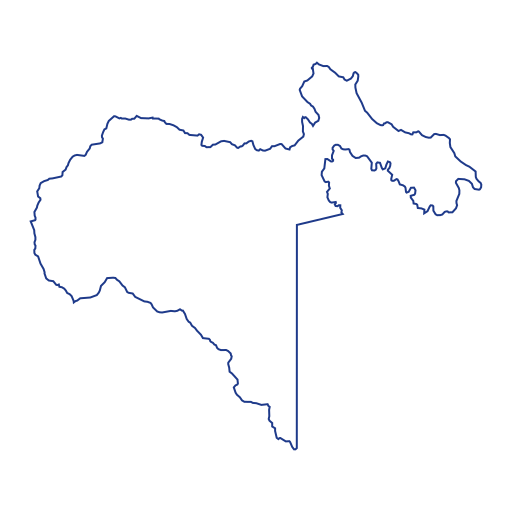 the district of Talamanca, Limón, Costa Rica
{"feature_id": "36466004B17277375937001", "entity_name": "Talamanca", "entity_type": "district", "adm_level": 2, "iso_a3": "CRI", "parent_name": "Costa Rica", "parent_adm1": "Limón", "projection": "natural_earth1", "projection_center": [-83.039, 9.422], "detail": "fine", "context": "isolated", "style": "outline", "palette": "blue", "viewbox_px": 512, "rotation_deg": 0, "n_neighbors": 0, "source": "geoboundaries", "source_scale": "gbopen_adm2", "svg_char_len": 6015}
<svg xmlns="http://www.w3.org/2000/svg" viewBox="0 0 512 512"><path d="M278.4,439.1L279.5,438.1L280.3,438.0L285.8,441.4L289.4,441.2L290.1,442.0L292.2,446.9L294.0,449.3L295.5,449.3L296.8,448.1L296.9,224.9L342.7,214.0L341.4,212.4L341.8,210.3L340.2,207.8L340.3,205.3L338.9,205.2L337.5,206.2L335.6,206.0L334.8,204.4L335.9,202.9L335.7,202.0L331.6,202.6L330.2,202.1L328.8,200.5L327.4,197.3L327.8,193.9L327.0,191.9L329.8,188.5L328.9,185.7L329.1,182.5L328.4,181.7L325.7,182.1L324.6,181.4L321.6,175.1L321.9,171.7L324.3,168.4L325.4,159.1L327.3,159.0L331.1,161.5L332.4,161.4L333.1,160.8L333.1,159.7L332.0,158.7L332.0,155.3L333.7,150.9L332.6,149.4L332.6,147.8L334.2,145.6L335.6,144.8L337.9,144.8L340.0,146.0L341.4,148.5L343.2,149.3L345.3,149.5L348.6,149.1L349.4,149.6L350.0,152.1L352.5,155.9L355.7,158.0L359.1,157.7L361.1,156.3L363.3,155.5L365.5,155.6L367.1,156.3L371.8,162.7L371.3,168.8L372.0,170.3L374.5,170.5L375.7,169.8L376.4,168.4L376.2,163.8L377.4,162.4L380.0,162.8L381.9,168.1L382.8,169.4L385.3,168.3L386.4,164.6L387.9,161.5L389.9,162.2L390.5,163.3L390.2,165.9L389.4,168.0L387.9,169.7L387.8,170.7L392.2,174.8L391.2,179.0L391.4,180.3L392.2,180.8L393.8,180.8L396.5,179.1L397.5,179.4L398.6,181.3L399.8,184.4L403.0,185.3L404.9,186.6L405.5,187.8L406.0,191.9L406.6,192.6L408.7,191.8L410.9,187.8L414.0,187.6L415.5,190.3L415.1,193.6L414.3,194.8L410.7,195.8L410.8,197.6L413.3,200.9L413.6,203.5L416.3,204.0L417.2,204.7L417.8,208.0L421.4,208.4L424.4,209.6L424.2,213.3L427.5,211.2L429.8,206.4L430.7,205.3L432.5,205.5L433.3,206.3L433.4,210.7L435.6,214.3L437.2,215.2L440.4,215.1L442.3,214.5L444.7,211.9L446.3,211.4L447.6,211.4L448.6,212.4L452.4,212.3L456.0,208.3L457.1,205.2L456.5,203.2L456.4,201.0L459.3,193.9L459.4,190.3L458.8,188.0L455.9,182.8L456.0,181.2L458.3,178.9L464.5,179.3L468.9,180.9L471.9,183.8L473.0,187.3L474.6,189.0L479.0,189.7L479.9,189.3L481.1,187.3L481.3,184.6L480.6,182.9L478.6,181.3L476.5,178.8L475.8,177.0L475.6,171.5L469.4,166.7L466.0,165.1L460.7,161.5L455.3,156.4L454.3,153.1L450.4,147.1L449.8,143.0L450.0,139.3L449.0,138.1L445.5,135.6L443.7,134.9L439.9,135.1L435.9,133.9L434.2,134.1L430.7,137.6L428.7,137.7L425.7,137.0L422.0,135.2L418.9,131.6L418.2,131.3L416.4,132.3L413.3,132.3L412.4,134.4L411.1,134.4L408.9,133.2L405.2,132.4L401.0,129.9L398.5,131.0L393.1,126.8L391.6,124.3L387.8,122.2L386.4,122.3L385.3,123.3L384.1,123.4L383.1,125.1L382.2,125.3L380.5,125.1L376.8,123.2L372.1,119.0L367.2,112.7L365.0,110.8L361.7,102.7L356.6,93.2L355.4,87.6L355.3,84.5L357.7,80.7L358.3,76.5L358.2,74.7L356.7,73.1L355.4,72.1L354.5,72.3L353.6,73.2L352.8,76.2L350.9,78.6L346.8,80.7L344.5,79.5L343.3,77.3L338.8,76.4L335.1,72.7L330.4,69.3L328.7,66.9L327.1,66.0L323.3,66.1L318.9,64.4L316.9,62.7L315.6,64.0L313.6,64.6L312.9,66.7L311.8,67.8L311.9,68.5L312.8,68.6L313.5,73.5L312.2,76.4L307.3,80.5L304.3,81.5L302.2,86.2L300.1,88.6L299.7,89.9L302.1,96.4L307.5,102.1L310.1,103.8L311.1,105.5L313.0,106.6L314.5,108.9L315.6,111.8L318.5,114.9L319.2,117.9L318.3,120.8L315.1,122.6L313.0,125.9L311.9,123.9L310.0,122.5L307.9,119.3L305.7,117.2L305.1,117.2L304.2,118.1L302.9,117.0L302.1,118.9L302.1,121.9L303.0,126.1L302.9,131.5L303.9,134.1L303.3,136.6L298.3,140.6L294.6,145.4L292.2,146.0L290.1,147.3L289.5,149.5L285.5,148.5L281.6,144.1L280.1,144.0L274.5,146.2L272.0,146.2L270.1,148.8L265.0,150.7L262.9,150.5L260.2,149.2L258.8,150.6L256.8,150.2L255.2,149.0L253.4,145.0L252.4,141.3L251.2,140.8L248.8,141.5L246.3,143.4L244.5,143.4L242.7,145.7L241.6,146.4L240.5,146.4L238.1,148.0L237.0,147.6L234.9,145.3L231.9,144.2L230.2,142.2L224.1,140.9L221.1,141.3L215.4,144.5L212.9,144.7L210.4,147.1L206.5,147.2L204.8,146.0L202.2,145.8L201.4,144.9L201.8,141.8L203.1,137.6L201.1,134.8L199.1,134.3L197.5,135.6L189.4,134.9L187.5,133.2L185.0,133.1L183.4,130.5L179.5,129.7L176.9,127.2L173.5,125.3L169.6,124.0L166.4,123.9L164.8,122.2L164.3,121.0L162.3,120.6L159.4,119.3L158.7,118.6L152.8,118.5L152.6,117.6L148.6,118.4L141.0,118.1L136.7,115.9L134.3,118.7L132.1,118.8L130.9,119.7L129.0,119.7L125.2,118.5L121.7,118.5L120.8,117.9L119.4,118.4L115.5,116.4L114.1,116.2L108.8,120.9L107.4,123.8L106.3,128.4L104.4,129.4L103.1,132.2L101.9,135.6L102.0,137.2L102.9,138.7L102.3,142.3L100.1,143.4L91.7,144.7L90.3,146.2L89.7,148.5L87.0,151.8L85.7,154.8L84.4,155.9L77.0,154.9L74.6,155.5L72.6,156.7L70.2,159.7L68.5,163.1L67.9,165.3L66.5,167.1L65.6,169.6L62.6,172.0L62.4,175.2L61.3,176.5L52.5,178.4L49.3,178.7L47.8,180.0L44.2,181.1L40.7,183.1L39.6,185.6L39.3,188.2L37.2,191.4L38.1,196.5L40.3,198.2L40.5,199.8L38.7,202.4L37.3,205.6L36.9,207.6L34.4,212.0L34.7,215.7L35.5,217.6L35.5,219.6L35.1,220.2L30.7,221.4L34.2,230.1L34.4,233.4L35.4,237.1L35.4,239.8L34.5,242.2L34.7,244.3L35.5,245.7L35.3,248.5L34.3,249.9L34.4,253.0L35.3,254.7L38.1,256.4L40.5,263.6L43.6,269.0L44.6,272.3L44.5,273.4L46.2,278.4L48.8,280.5L53.3,281.2L56.2,284.8L57.3,285.1L58.8,284.5L59.4,286.8L61.8,287.2L64.2,288.6L65.8,290.5L67.2,293.0L69.7,294.2L71.6,296.1L73.6,300.8L73.8,302.4L75.5,301.1L77.2,300.6L80.2,298.3L90.3,297.5L96.8,295.1L98.8,292.6L99.8,290.5L101.0,285.9L104.7,282.2L107.1,278.1L113.2,277.7L115.4,278.0L117.0,279.8L119.3,281.3L122.5,285.5L124.9,287.3L127.2,292.0L128.6,292.8L132.7,293.5L135.2,296.9L144.3,301.4L147.5,301.8L150.5,302.9L151.6,304.3L153.0,307.4L157.2,311.5L159.7,312.3L162.1,312.5L170.8,310.9L174.9,311.3L177.3,310.8L180.0,309.3L181.9,310.6L182.9,310.6L185.0,314.0L186.7,319.0L188.7,321.8L190.2,322.6L192.0,325.8L195.0,328.0L197.0,330.7L201.0,334.8L202.9,338.1L208.9,338.8L209.9,339.8L210.3,341.2L210.9,341.8L212.9,342.8L214.4,344.6L216.0,345.2L217.1,347.9L218.5,349.2L221.0,350.1L226.1,350.0L228.1,351.0L230.7,353.5L231.0,355.2L231.7,356.3L231.2,358.8L228.3,362.6L228.2,364.0L229.2,367.7L229.6,371.7L232.0,373.5L237.5,379.6L237.9,383.5L237.4,384.5L235.5,385.4L233.8,387.4L235.6,392.7L236.9,394.7L239.9,397.3L242.0,400.4L244.4,401.8L251.0,401.9L252.8,402.9L256.3,403.2L261.4,404.9L267.6,404.2L268.4,405.9L269.7,406.9L269.1,409.8L269.3,416.2L268.7,419.0L269.5,420.7L272.2,423.0L272.2,426.5L275.1,428.3L275.1,431.0L276.7,437.8L278.4,439.1Z" fill="none" stroke="#1e3a8a" stroke-width="2"/></svg>